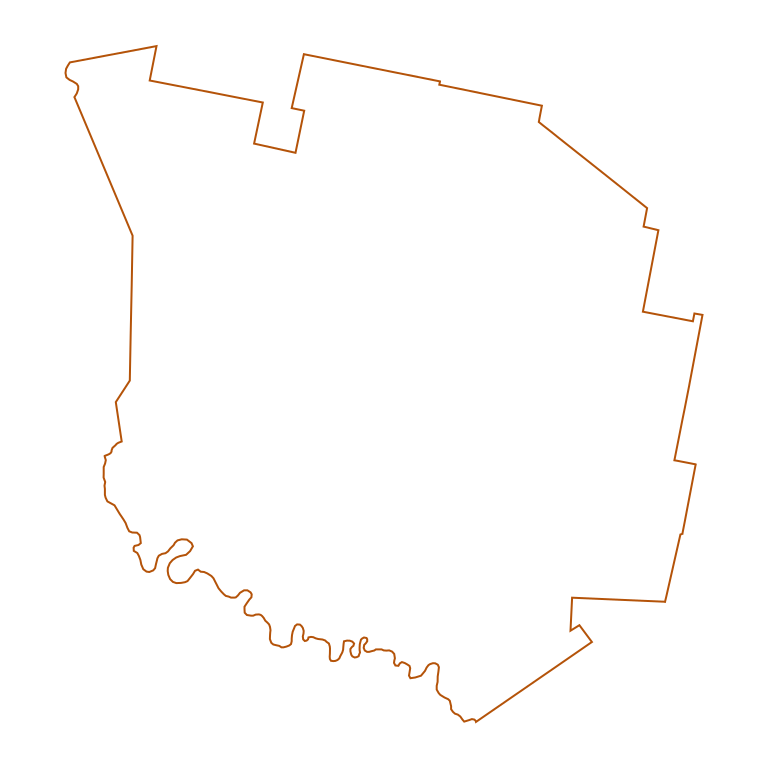 outline of San Martín, Santiago del Estero, Argentina
{"feature_id": "61730980B99739045741141", "entity_name": "San Martín", "entity_type": "district", "adm_level": 2, "iso_a3": "ARG", "parent_name": "Argentina", "parent_adm1": "Santiago del Estero", "projection": "orthographic", "projection_center": [-63.906, -28.198], "detail": "fine", "context": "isolated", "style": "outline", "palette": "amber", "viewbox_px": 768, "rotation_deg": 0, "n_neighbors": 0, "source": "geoboundaries", "source_scale": "gbopen_adm2", "svg_char_len": 4312}
<svg xmlns="http://www.w3.org/2000/svg" viewBox="0 0 768 768"><path d="M689.3,385.0L689.3,384.9L702.5,314.9L694.4,313.5L692.9,321.3L642.9,311.7L658.4,230.2L643.6,226.6L647.1,208.1L644.3,205.9L618.1,185.0L593.2,165.2L559.0,138.1L552.8,133.1L542.9,125.3L538.8,122.0L538.8,121.9L539.2,120.1L539.3,119.2L540.7,111.8L541.9,105.7L439.3,84.7L440.0,81.5L440.0,81.4L360.8,65.6L356.9,64.8L308.4,55.1L303.9,54.2L291.7,108.1L304.2,110.7L295.5,152.8L254.1,143.6L262.8,102.5L241.2,98.3L214.7,93.1L149.7,80.5L156.5,46.1L69.9,62.4L67.9,65.5L66.1,68.8L65.5,73.0L66.4,77.4L69.6,79.9L73.0,81.5L76.8,83.9L78.2,86.2L78.2,89.3L76.8,93.4L75.6,95.3L74.4,97.1L74.5,97.3L132.6,235.7L131.7,285.4L130.7,333.1L129.8,380.6L115.8,402.1L121.7,441.5L118.3,442.8L116.6,443.9L115.5,445.2L113.6,446.9L112.5,447.9L111.6,450.3L111.5,451.7L110.6,453.1L109.3,454.0L108.3,454.5L104.7,455.9L104.7,456.6L105.8,460.1L105.1,463.5L103.7,467.0L103.7,470.0L103.7,473.9L103.6,477.6L105.2,482.0L104.5,485.7L104.9,488.9L104.9,494.9L105.6,497.7L107.4,501.4L110.3,503.0L114.5,505.3L119.7,513.9L123.5,519.5L125.6,523.0L127.4,527.8L129.2,531.3L132.2,532.5L137.0,532.7L139.5,535.1L140.1,537.1L140.8,543.1L138.5,545.0L134.6,545.9L133.6,547.7L133.8,550.9L137.3,553.0L138.9,556.0L140.4,560.0L141.3,564.6L143.3,569.2L146.5,571.6L149.3,572.0L153.2,570.4L155.1,568.2L156.0,564.0L157.0,560.1L157.4,558.3L158.8,555.7L162.0,553.9L165.5,553.2L168.0,551.4L170.3,548.4L173.6,545.2L175.0,542.7L177.5,540.4L181.7,539.3L186.9,539.6L191.5,543.1L192.9,546.3L190.1,551.1L186.1,554.8L179.9,556.1L176.2,557.5L172.6,560.0L169.8,563.2L167.9,567.8L167.7,571.0L168.3,574.9L170.1,579.1L172.9,581.9L176.3,583.1L181.1,582.9L185.0,582.2L187.5,581.1L190.3,577.6L193.1,574.0L195.0,570.8L198.0,569.6L200.7,571.7L204.1,572.0L207.3,573.4L211.4,576.0L213.5,578.3L215.1,581.5L216.9,585.0L218.5,588.2L221.2,591.5L223.9,594.3L225.8,595.9L228.7,596.6L231.0,597.6L234.5,597.6L235.8,597.4L237.9,595.5L240.0,592.8L244.1,590.3L247.4,590.3L250.6,592.4L251.7,594.3L251.4,597.3L249.4,599.5L246.8,603.2L244.5,606.7L244.5,609.0L244.7,612.7L246.9,615.0L251.3,615.7L253.1,615.7L255.7,614.6L258.9,614.4L260.7,614.9L262.1,616.0L263.7,617.9L265.3,620.7L267.3,622.5L269.1,624.4L270.0,626.9L270.5,630.2L270.2,632.7L270.0,635.9L269.9,639.1L271.3,642.8L273.3,644.5L276.1,645.2L279.3,645.9L281.4,647.3L283.6,647.3L286.4,646.6L289.2,645.5L291.0,644.1L291.7,641.2L291.7,638.6L292.0,635.2L292.7,631.7L294.1,628.3L295.0,626.0L297.1,624.4L299.9,624.6L301.5,626.0L302.8,627.9L303.7,630.9L303.5,633.6L302.8,636.4L303.2,639.4L304.8,641.0L306.6,640.6L308.0,639.4L308.5,637.4L311.0,636.9L313.3,637.2L315.6,638.3L318.1,639.0L322.5,639.5L325.2,640.5L326.6,641.9L328.9,643.5L329.8,646.5L330.0,648.6L329.9,653.7L329.7,656.7L329.9,659.0L331.0,660.8L333.3,661.1L335.4,660.9L337.5,660.0L339.3,658.4L340.3,656.1L342.3,652.4L343.1,649.8L343.3,647.1L343.6,643.9L344.0,641.3L347.0,640.6L349.8,640.7L352.3,641.6L354.1,643.5L353.4,645.8L351.8,647.1L350.4,649.0L350.4,651.3L351.3,654.8L352.4,656.4L354.7,657.5L356.8,657.1L358.6,656.2L359.3,654.1L360.0,652.5L359.6,650.0L359.6,647.4L359.8,644.2L360.6,641.0L361.0,639.6L362.2,638.5L364.0,637.5L366.5,638.0L367.2,639.2L367.2,641.3L365.8,643.3L364.2,644.9L363.7,647.9L364.8,650.5L367.1,651.9L369.0,651.9L371.5,651.2L374.3,650.5L375.9,649.4L378.6,649.4L381.6,649.4L383.7,650.4L386.4,650.6L389.2,650.4L392.1,651.6L394.2,653.9L394.9,658.3L394.3,660.6L394.0,662.9L395.4,665.5L398.4,665.8L399.8,663.4L401.9,662.1L404.7,663.0L407.2,664.4L409.5,665.9L410.2,668.2L409.5,672.6L409.0,675.6L410.4,678.2L415.2,677.5L421.0,675.7L423.1,673.2L425.0,670.9L426.6,667.6L428.5,665.1L430.1,664.1L432.9,663.2L435.2,663.3L437.8,664.7L438.9,667.2L438.4,671.7L437.7,676.5L437.6,681.9L436.7,685.8L436.7,689.6L438.7,693.1L440.3,694.9L444.5,697.5L448.2,699.2L449.8,700.8L451.1,706.2L451.1,709.2L452.9,711.8L455.0,713.7L457.8,714.6L460.3,716.5L462.4,719.5L464.2,721.6L469.1,720.1L471.9,719.1L474.4,719.6L475.8,721.0L476.0,721.9L538.1,679.1L555.4,667.2L559.3,664.5L591.9,642.0L579.4,625.2L570.5,630.7L572.1,597.7L664.0,601.7L665.0,601.9L666.3,596.5L672.7,568.4L680.4,534.5L682.5,533.8L682.5,533.2L684.9,520.9L687.3,508.2L695.5,465.3L695.6,464.9L695.7,464.6L695.7,464.4L695.1,464.2L693.8,464.0L689.8,463.2L677.3,460.8L674.4,460.3L678.9,437.6L682.5,419.3L684.7,408.5L689.3,385.0Z" fill="none" stroke="#b45309" stroke-width="2"/></svg>